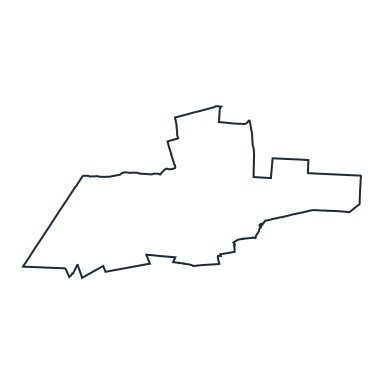 the district of Agigea, Constanta, Romania
{"feature_id": "2599482B70645181256609", "entity_name": "Agigea", "entity_type": "district", "adm_level": 2, "iso_a3": "ROU", "parent_name": "Romania", "parent_adm1": "Constanta", "projection": "equal_earth", "projection_center": [28.603, 44.096], "detail": "fine", "context": "isolated", "style": "outline", "palette": "slate", "viewbox_px": 384, "rotation_deg": 0, "n_neighbors": 0, "source": "geoboundaries", "source_scale": "gbopen_adm2", "svg_char_len": 5707}
<svg xmlns="http://www.w3.org/2000/svg" viewBox="0 0 384 384"><path d="M255.5,238.0L255.6,237.7L255.8,237.5L255.8,237.4L255.8,237.2L255.7,237.1L255.7,236.7L255.9,236.2L256.2,235.6L256.7,234.5L256.9,234.2L257.1,233.9L257.7,233.3L258.0,232.9L258.2,232.6L258.4,232.1L258.8,231.5L258.9,231.0L259.0,230.7L259.1,230.0L259.2,229.5L259.4,229.0L259.6,228.5L259.8,228.0L260.0,227.7L260.1,227.4L260.3,227.2L260.5,227.2L260.6,227.3L260.6,227.5L260.8,227.5L260.8,227.4L260.8,227.2L261.0,226.7L260.9,226.7L260.7,227.0L260.3,226.9L260.1,226.7L259.9,226.3L259.7,226.1L259.6,225.9L259.7,225.4L259.8,224.9L260.0,224.5L260.2,224.3L260.6,224.1L260.9,223.9L261.1,223.9L261.4,223.9L261.5,224.2L261.6,224.4L261.7,224.7L262.0,224.8L262.3,224.8L262.5,224.7L262.8,223.9L263.1,223.3L263.3,222.9L263.5,222.7L263.9,222.7L264.1,222.2L264.4,221.8L264.8,221.1L265.2,220.7L265.8,220.6L266.7,220.5L269.1,220.0L270.2,219.7L272.0,219.2L273.4,218.9L276.7,218.2L279.1,217.6L281.2,217.2L281.7,217.1L282.1,217.1L282.4,217.2L282.9,217.2L283.4,217.0L283.9,216.7L284.3,216.5L286.4,216.1L288.0,215.7L288.4,215.6L291.3,214.8L296.0,213.8L303.5,212.2L306.3,211.5L306.9,211.5L307.3,211.4L307.5,211.2L311.1,210.4L311.9,210.3L313.3,210.1L316.5,210.2L321.2,210.5L323.3,210.5L326.3,210.5L326.9,210.8L327.5,210.9L327.9,210.9L328.2,210.8L329.4,210.8L335.4,211.0L341.2,211.4L344.7,211.7L347.8,211.9L348.6,212.2L349.0,212.2L349.7,211.9L351.2,210.8L352.7,209.6L354.9,207.7L357.8,205.5L358.9,204.9L359.3,204.6L359.6,204.0L359.7,200.1L359.9,195.3L360.1,191.0L360.1,189.8L360.3,187.0L360.5,186.3L360.4,185.3L360.4,184.6L360.6,183.7L360.5,181.3L360.6,180.3L361.0,176.3L360.7,175.8L360.3,175.5L359.9,175.6L308.0,173.2L307.9,173.0L308.4,160.1L302.8,159.7L272.6,158.3L270.9,178.1L261.0,177.5L253.6,177.0L253.6,176.8L253.6,175.8L253.7,172.1L253.7,168.7L253.8,166.6L253.9,163.4L253.9,162.0L253.9,160.5L253.9,159.3L254.0,158.0L254.0,156.8L254.1,155.2L254.1,154.4L254.0,153.5L253.9,151.8L253.8,150.5L253.7,149.5L253.6,148.4L253.6,148.2L253.1,146.6L252.8,145.5L252.6,144.6L252.5,141.7L252.4,140.6L252.3,138.7L252.2,137.7L252.1,136.6L252.1,134.9L252.0,133.0L251.7,131.7L250.7,126.6L250.1,122.9L249.9,122.3L249.9,122.0L249.8,121.9L249.5,120.6L248.7,120.7L247.5,122.3L247.1,122.8L246.9,122.9L246.4,123.3L246.1,123.4L245.7,123.6L245.3,123.7L244.8,123.9L244.5,123.9L244.3,124.0L244.0,124.0L243.8,124.0L241.6,123.8L240.8,123.8L240.3,123.8L239.7,123.8L238.8,123.8L237.6,123.8L237.3,123.8L237.2,123.7L236.1,123.6L235.6,123.6L234.6,123.6L234.0,123.5L233.1,123.4L232.7,123.4L230.8,123.2L229.5,123.1L226.1,122.7L224.5,122.5L223.7,122.5L222.3,122.3L221.3,122.3L219.7,122.1L219.2,122.1L218.9,122.1L219.1,120.1L219.2,118.2L219.6,111.2L219.7,109.7L219.8,109.0L220.2,108.3L221.0,106.8L221.1,106.7L217.7,106.3L216.7,106.2L215.8,106.2L215.4,106.5L214.9,106.9L214.5,107.1L213.8,107.3L199.9,111.0L192.6,112.8L186.5,114.5L180.8,116.0L175.0,117.5L176.2,123.2L176.5,124.6L176.5,124.9L176.5,125.7L176.7,128.3L177.1,130.8L177.1,131.6L177.1,132.9L177.1,134.6L177.2,135.2L177.3,135.4L178.2,138.3L167.6,141.4L168.2,144.1L168.9,146.9L169.7,149.3L170.6,152.0L171.4,154.6L171.2,154.7L172.5,158.5L173.6,161.9L174.0,163.4L174.5,164.7L174.8,165.0L175.3,167.5L175.0,168.0L174.7,168.3L173.7,168.6L172.4,168.9L170.3,169.3L169.6,169.3L169.2,169.3L166.3,168.6L165.3,169.2L164.7,169.8L163.8,170.5L163.1,171.2L162.4,171.8L162.0,172.2L161.4,173.0L161.1,173.4L160.1,174.6L159.5,174.3L159.0,174.1L158.4,173.9L158.0,173.8L157.4,173.8L156.3,173.6L155.9,173.6L154.7,173.6L154.4,173.6L154.1,173.7L153.6,173.8L153.3,173.9L152.9,174.0L152.5,174.1L152.2,174.2L151.8,174.3L151.5,174.4L151.1,174.4L150.7,174.4L150.4,174.4L150.0,174.3L144.5,173.9L142.8,173.8L140.7,173.7L140.0,173.6L139.7,173.6L139.3,173.5L139.0,173.4L138.1,172.9L137.9,172.8L135.3,172.7L133.9,172.7L132.6,172.6L132.0,172.7L131.0,172.8L130.3,172.8L129.1,172.8L127.3,172.5L126.6,172.4L125.8,172.4L124.9,172.4L124.0,172.5L123.6,172.5L123.2,172.6L122.4,172.9L122.1,173.0L121.9,173.1L121.7,173.2L121.6,173.3L121.4,173.5L120.8,174.0L120.2,174.5L119.8,174.7L119.4,174.8L114.6,175.7L109.1,176.8L107.8,176.7L103.3,176.9L101.8,176.8L100.2,176.7L100.0,176.8L99.3,176.8L99.0,176.7L98.6,176.5L97.6,176.1L97.4,176.1L96.3,176.2L96.2,176.2L94.2,176.4L92.8,176.4L91.7,176.4L90.4,176.5L89.3,176.3L89.0,176.2L88.3,175.8L88.2,175.8L87.8,175.8L87.1,175.8L86.0,175.8L85.4,175.7L84.2,175.8L83.2,176.0L82.9,176.1L82.5,176.3L76.0,186.4L75.4,186.7L72.2,191.7L70.3,194.6L69.0,196.4L67.4,199.0L64.9,202.8L61.9,207.3L61.1,208.6L60.2,209.8L58.5,212.4L57.7,213.7L53.9,219.5L52.4,221.8L51.4,223.4L51.3,223.6L50.9,224.2L50.2,225.2L49.8,225.9L48.6,227.7L47.5,229.4L46.7,230.5L45.3,232.6L43.9,234.8L40.2,240.4L38.4,243.1L37.9,243.9L36.3,246.2L28.6,258.1L26.4,261.5L23.0,266.6L23.3,266.7L43.0,267.4L43.4,267.5L62.0,268.2L64.6,268.3L65.0,268.3L66.0,269.7L69.3,277.0L70.3,276.1L70.9,275.5L71.1,275.3L71.5,274.7L72.2,273.5L73.0,273.6L77.2,265.0L77.6,264.9L82.1,277.7L82.1,277.8L103.2,266.0L105.5,271.8L110.9,270.8L149.6,263.7L149.9,263.7L148.5,260.3L146.4,254.7L158.4,255.8L158.5,255.9L175.3,257.3L173.1,262.2L179.0,262.8L179.0,263.0L184.2,263.5L184.1,263.8L189.9,264.5L193.0,265.7L193.1,266.0L203.0,265.0L218.5,264.1L219.4,263.8L218.9,262.3L218.4,260.3L218.2,259.5L217.9,258.2L217.8,257.0L218.0,256.0L220.8,255.9L220.2,254.3L227.5,253.1L234.7,251.8L234.5,249.0L234.4,247.3L234.3,246.5L234.1,246.1L234.0,245.8L234.7,245.5L234.6,244.6L234.9,244.2L234.2,243.4L233.4,242.5L233.9,242.2L234.9,241.5L237.7,239.9L237.8,239.9L238.6,239.5L239.4,239.4L240.6,239.2L243.3,238.7L243.3,238.9L245.6,238.5L252.0,237.9L252.2,237.7L252.5,237.5L252.9,237.5L253.0,237.6L253.4,237.9L253.9,237.9L254.0,237.8L254.4,237.8L254.5,237.8L254.6,237.7L255.0,237.8L255.5,238.0Z" fill="none" stroke="#1e293b" stroke-width="2"/></svg>